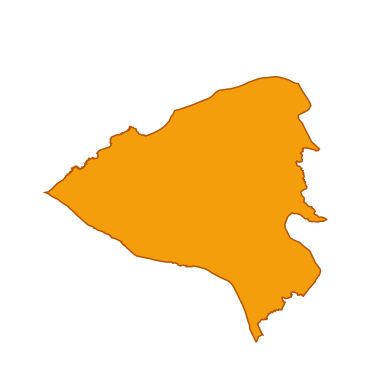 outline of Kut Khaopun, Ubon Ratchathani, Thailand, rotated 283°
{"feature_id": "78962969B96705611164937", "entity_name": "Kut Khaopun", "entity_type": "district", "adm_level": 2, "iso_a3": "THA", "parent_name": "Thailand", "parent_adm1": "Ubon Ratchathani", "projection": "equal_earth", "projection_center": [105.02, 15.832], "detail": "fine", "context": "isolated", "style": "filled", "palette": "amber", "viewbox_px": 384, "rotation_deg": 283, "n_neighbors": 0, "source": "geoboundaries", "source_scale": "gbopen_adm2", "svg_char_len": 6000}
<svg xmlns="http://www.w3.org/2000/svg" viewBox="0 0 384 384"><g transform="rotate(283 192 192)"><path d="M158.5,49.0L158.0,52.7L156.3,56.3L154.6,63.1L153.3,65.7L149.9,74.7L148.1,77.1L147.6,78.6L143.8,84.7L136.6,97.9L136.1,100.2L136.1,102.3L135.7,103.5L134.7,104.7L135.0,105.2L133.5,109.1L133.6,109.9L133.3,113.6L133.0,114.1L133.0,115.2L132.4,115.5L132.6,115.9L132.3,117.1L131.8,117.7L132.1,118.8L131.8,119.5L132.0,120.1L131.4,121.0L131.4,121.7L131.0,122.6L130.4,122.6L130.0,123.5L129.3,124.1L129.3,124.9L129.7,125.5L129.2,127.0L129.3,127.6L129.1,128.8L128.8,129.0L128.9,130.5L128.5,131.0L128.5,131.7L127.9,133.3L127.9,134.6L126.8,134.4L125.1,137.0L125.3,137.5L124.7,137.8L124.7,138.4L122.9,141.2L118.3,149.6L117.2,152.6L117.5,164.0L117.5,175.4L117.9,181.6L118.1,183.6L119.2,187.9L118.3,189.4L119.0,191.1L119.1,192.7L118.5,194.4L117.8,194.8L117.3,196.9L117.8,197.2L117.7,197.9L118.6,199.3L118.9,200.2L118.6,201.7L119.0,202.2L118.9,202.7L119.1,203.3L118.0,203.3L118.3,204.1L118.2,204.6L118.5,204.9L118.5,205.7L118.9,206.5L118.7,206.9L119.2,207.3L119.0,207.9L119.3,208.9L120.4,210.1L120.3,220.7L119.7,224.2L117.6,229.9L115.1,239.2L113.7,246.6L112.1,250.5L108.4,254.4L92.9,267.0L87.4,270.8L79.2,275.4L75.5,277.8L71.4,279.2L60.5,288.1L62.0,288.9L65.8,289.3L67.9,291.5L68.7,292.5L68.7,293.1L69.4,292.5L69.6,292.0L70.9,291.3L71.2,290.4L72.3,290.2L73.1,289.0L74.6,288.5L75.3,287.4L76.2,286.9L76.8,286.1L77.1,286.2L78.4,285.5L78.8,286.1L79.9,286.5L80.1,286.9L81.1,287.0L81.2,287.5L82.9,288.0L83.7,288.9L83.5,290.4L84.2,291.5L84.7,291.3L84.5,293.2L84.9,293.7L85.5,293.8L86.5,292.6L88.0,293.5L89.0,293.6L89.7,294.1L90.3,293.9L90.7,295.0L91.2,295.4L92.4,295.4L92.5,296.1L92.9,296.5L92.5,297.2L92.9,297.9L94.4,298.2L94.5,299.0L95.0,299.0L94.7,299.3L95.1,299.6L94.8,300.1L95.4,300.0L96.1,301.0L96.2,303.0L96.5,303.1L96.8,302.6L97.1,302.8L97.1,304.8L97.6,305.2L97.4,305.5L97.5,306.0L99.9,306.2L102.0,307.0L103.8,307.1L105.6,307.6L105.5,306.2L106.1,305.0L106.6,305.4L107.7,304.1L109.1,303.5L109.8,304.0L109.7,305.4L109.3,306.2L109.4,307.9L110.4,309.9L111.8,311.4L111.9,312.1L114.2,312.7L114.3,311.6L114.8,311.2L115.3,311.6L116.2,311.6L117.1,312.5L117.6,314.8L117.1,316.1L117.0,317.6L116.7,317.9L115.6,317.8L115.3,318.3L115.7,319.9L116.9,321.2L117.0,321.9L116.8,322.3L116.1,322.3L115.5,323.9L123.2,327.3L132.5,332.2L133.1,331.9L140.0,334.8L143.7,335.0L145.7,334.1L151.2,327.8L159.8,321.1L161.4,319.4L164.9,311.8L167.1,308.1L168.0,302.5L169.3,298.1L176.6,291.9L178.5,290.7L181.2,289.8L183.2,289.8L185.9,290.5L188.9,290.7L190.7,291.6L194.4,294.5L193.8,296.5L194.6,298.6L194.2,302.9L191.4,308.2L191.8,310.5L190.1,312.5L190.0,313.1L190.3,313.9L190.0,315.5L190.8,317.9L190.8,320.0L191.0,320.8L192.7,324.6L193.0,326.4L193.9,327.7L194.7,328.3L195.3,329.4L195.9,328.9L196.2,327.5L196.6,326.6L196.8,324.0L196.0,322.1L196.2,320.8L197.6,318.9L197.5,317.8L198.2,316.0L199.0,315.7L200.6,316.4L202.8,314.4L203.3,312.7L204.5,312.1L204.3,310.1L204.6,307.9L206.6,305.7L207.1,303.5L211.5,302.6L212.9,300.4L216.1,298.0L217.2,298.3L219.5,300.4L221.0,302.9L223.2,302.7L223.5,302.1L225.8,300.3L227.3,300.3L227.7,298.8L229.4,298.6L229.6,297.5L230.0,296.9L231.4,297.8L231.9,297.8L233.8,297.2L234.2,296.2L235.6,296.7L236.6,295.4L237.8,295.4L237.9,294.3L238.4,293.4L238.8,293.2L239.8,293.7L239.9,292.1L240.7,291.7L241.3,291.0L241.1,290.3L241.3,288.3L241.6,288.0L242.6,288.0L244.3,286.6L244.5,287.3L245.7,287.3L245.3,288.5L245.4,289.7L245.2,290.3L246.0,290.6L246.1,291.9L246.8,292.4L248.4,292.3L248.5,291.9L251.1,290.8L251.9,291.4L252.9,291.1L253.3,290.7L253.9,289.2L254.7,289.8L255.0,289.4L255.9,290.1L256.5,291.2L257.7,290.7L258.7,290.7L258.7,290.0L259.6,290.3L259.9,291.0L260.2,291.1L260.4,293.2L260.8,293.9L260.7,301.3L260.5,302.5L259.9,303.6L260.9,305.7L262.6,306.5L267.8,297.2L283.9,283.8L286.5,280.3L288.3,279.0L289.7,278.4L291.2,278.7L296.2,284.8L298.8,287.2L302.9,288.4L305.2,286.9L307.7,284.6L315.5,276.6L321.5,271.2L321.3,267.8L321.5,266.3L322.9,261.2L323.4,256.7L323.5,249.6L323.1,247.1L320.6,240.4L319.3,235.9L317.5,231.6L311.2,221.9L307.8,217.8L305.0,213.5L301.0,206.1L300.2,203.4L297.1,195.5L294.3,192.7L289.7,189.8L287.6,188.0L275.9,171.4L273.6,167.4L270.2,162.1L267.4,156.9L262.7,155.8L261.2,154.9L255.7,153.8L249.9,150.5L246.2,147.4L241.6,142.3L237.5,136.4L236.1,133.9L236.9,132.4L236.5,131.2L235.9,130.3L236.6,129.3L236.5,127.5L236.9,126.9L238.2,125.9L238.3,124.7L238.6,124.3L240.8,123.4L241.0,120.9L241.7,120.4L241.4,118.7L241.9,117.9L241.9,116.8L240.9,116.4L240.6,116.6L240.5,117.2L240.0,116.7L239.6,116.9L239.3,116.5L238.9,117.2L238.4,116.8L238.3,115.7L237.2,116.0L237.0,115.6L236.6,115.5L236.8,114.6L236.1,114.2L235.6,113.2L235.2,113.2L233.9,111.6L234.0,111.1L233.4,111.2L233.5,110.2L233.1,109.9L232.9,110.4L232.3,110.3L230.8,105.9L227.4,101.2L225.7,100.7L225.5,101.1L225.1,101.1L224.7,100.7L224.5,101.1L222.7,101.0L221.8,101.7L221.3,101.3L221.0,101.7L220.9,102.7L220.2,102.3L219.3,102.8L217.1,101.2L211.9,92.8L210.3,91.5L208.2,90.5L208.0,90.8L208.2,91.3L207.9,91.7L206.2,92.0L205.2,92.6L203.4,91.9L203.2,90.9L202.6,89.4L203.0,89.0L202.8,88.3L203.0,87.6L202.4,87.8L202.4,86.8L201.4,85.5L201.7,84.2L201.3,83.9L201.0,84.1L200.7,83.7L200.3,84.2L200.2,83.7L199.7,83.8L198.8,82.4L198.4,82.3L198.1,82.4L197.8,82.9L197.2,81.8L196.4,82.6L195.6,82.2L195.4,82.6L195.2,82.1L195.3,81.6L194.9,82.0L194.2,81.4L193.9,81.6L192.6,81.5L192.4,80.8L191.5,80.6L191.6,80.1L191.2,80.0L191.3,79.1L190.9,79.3L190.4,79.0L190.5,79.5L190.8,79.8L190.4,79.9L189.5,78.0L189.0,78.0L188.9,76.8L189.8,76.9L189.7,76.2L190.1,75.9L189.6,75.4L189.6,75.1L189.9,75.0L189.9,74.2L190.6,74.6L191.3,73.9L191.2,73.5L190.5,73.0L190.8,72.5L190.6,72.1L189.4,71.4L189.4,70.7L189.1,70.6L189.0,71.0L188.7,70.7L188.4,71.1L187.8,70.5L187.9,69.9L187.6,70.1L187.4,69.7L187.0,70.5L186.7,70.4L186.6,70.8L185.2,70.3L185.2,69.5L184.5,69.4L184.3,68.9L183.9,69.5L183.2,69.0L183.2,68.3L181.8,68.0L181.3,66.6L180.8,67.2L179.2,65.4L178.3,65.6L174.8,63.6L169.7,58.7L166.4,56.5L164.3,55.6L161.4,53.1L160.1,52.6L158.5,49.0Z" fill="#f59e0b" stroke="#b45309" stroke-width="1.5"/></g></svg>